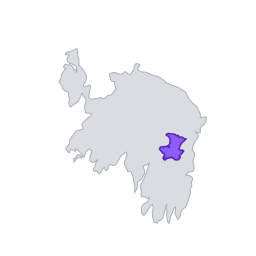 South Tipperary highlighted on a map of Ireland, rotated 305°
{"feature_id": "IRL-5572", "entity_name": "South Tipperary", "entity_type": "County", "adm_level": 1, "iso_a3": "IRL", "parent_name": "Ireland", "parent_adm1": "", "projection": "mercator", "projection_center": [-7.948, 52.469], "detail": "fine", "context": "in_parent", "style": "filled", "palette": "violet", "viewbox_px": 256, "rotation_deg": 305, "n_neighbors": 0, "source": "natural_earth", "source_scale": "10m", "svg_char_len": 5693}
<svg xmlns="http://www.w3.org/2000/svg" viewBox="0 0 256 256"><g transform="rotate(305 128 128)"><path d="M156.4,48.1L151.9,51.3L151.2,52.5L149.9,57.4L149.7,58.8L146.9,64.2L145.3,65.3L142.9,66.2L141.5,67.1L139.8,66.6L137.6,66.7L136.6,67.7L136.6,68.4L137.3,69.3L141.3,71.8L141.0,72.8L139.9,74.0L132.7,76.9L130.6,78.6L129.8,79.8L130.6,81.7L136.3,87.5L137.3,88.1L138.1,91.5L143.2,92.9L145.3,95.0L147.0,95.5L150.9,95.3L152.5,96.1L153.4,95.5L153.9,94.4L158.2,90.3L156.9,87.3L161.2,82.0L162.4,82.1L164.5,83.7L166.2,85.9L166.7,88.9L168.3,91.6L169.4,92.5L172.1,93.0L172.8,94.0L172.3,97.9L172.7,99.2L179.8,99.1L182.6,97.4L185.1,97.7L186.3,99.4L186.8,101.2L184.7,101.9L182.5,101.5L181.4,102.7L181.4,104.9L182.1,107.8L183.6,109.8L184.8,114.4L185.7,119.5L187.3,122.5L187.6,126.3L187.4,128.2L187.6,131.5L187.0,132.7L187.5,135.8L190.0,145.9L190.5,153.7L189.3,156.6L187.6,159.4L186.5,162.7L185.6,166.2L185.1,171.9L181.4,178.5L179.9,180.2L178.1,181.2L182.0,185.8L178.8,187.9L175.2,188.5L171.3,187.4L168.9,187.5L165.8,189.9L165.1,189.5L163.6,185.7L162.6,189.6L160.3,190.8L156.5,190.6L150.0,191.6L147.5,192.7L146.5,194.5L145.7,196.5L144.7,197.7L143.6,198.3L138.6,199.8L137.7,200.4L135.3,203.6L132.3,205.5L129.8,206.0L127.6,204.1L126.7,203.0L125.7,202.4L122.3,202.5L123.3,203.1L124.0,204.4L124.4,207.0L124.0,209.5L122.3,210.7L120.3,210.9L117.1,213.5L112.9,214.2L110.7,216.6L96.8,220.6L96.0,220.6L94.1,219.6L92.0,219.2L90.0,219.5L84.2,221.7L81.4,221.3L84.9,215.7L89.8,212.9L90.3,212.1L88.7,211.8L79.5,213.7L76.4,215.4L73.2,215.9L74.7,213.3L78.8,209.8L82.3,207.6L83.8,205.5L88.1,203.2L74.2,208.0L70.6,207.4L69.7,206.1L66.9,206.7L65.8,203.4L70.0,198.5L72.5,196.4L75.4,195.3L78.2,193.6L79.2,191.6L77.9,191.0L69.5,191.5L65.5,191.1L65.7,189.5L66.4,187.7L70.6,184.7L72.9,184.2L74.9,184.5L78.4,186.2L83.2,185.7L81.2,183.7L80.9,179.8L79.3,178.5L81.3,176.6L83.5,175.5L87.2,171.7L88.5,171.1L95.8,170.2L103.7,168.2L111.5,165.5L107.5,163.9L105.6,161.9L102.5,166.0L100.3,167.6L94.0,168.4L92.0,167.9L89.2,166.7L88.4,167.2L87.6,168.1L83.4,170.2L79.0,170.6L84.1,166.9L90.5,160.6L92.0,158.6L94.0,155.2L93.4,153.6L92.1,152.8L96.7,145.6L98.4,144.3L101.4,144.1L103.6,142.9L104.5,142.9L105.4,142.5L107.3,140.4L104.4,139.0L101.3,138.3L91.8,139.0L90.6,138.9L89.4,138.2L88.6,137.2L88.1,134.8L87.4,134.2L85.2,134.2L83.1,135.0L81.6,134.9L80.2,133.8L82.5,131.3L79.5,130.7L76.5,131.2L74.0,130.5L73.9,128.9L75.1,127.3L73.6,125.8L73.3,123.9L74.9,123.0L76.6,123.3L80.1,121.9L84.7,121.2L80.8,119.9L79.2,118.7L79.2,116.9L79.5,115.3L84.0,112.7L88.7,111.5L88.4,109.8L88.7,107.9L83.9,107.3L79.1,108.7L79.6,105.1L80.8,101.8L81.0,99.7L80.8,97.4L78.5,98.4L78.3,95.1L77.3,92.9L74.0,94.4L74.1,91.5L75.0,89.4L76.8,88.5L78.5,88.9L81.7,88.9L84.8,87.3L89.2,86.9L96.3,87.4L101.1,91.8L102.4,91.0L104.3,88.2L105.2,87.9L112.6,89.1L117.1,90.7L118.3,90.2L117.7,87.2L116.1,85.0L118.1,82.3L120.5,80.4L122.1,79.4L125.8,78.2L127.4,77.1L128.5,73.5L130.2,70.5L120.9,72.1L112.1,68.5L113.5,66.0L115.3,64.6L118.6,63.5L118.9,62.2L120.5,61.1L123.2,58.2L122.2,54.4L122.7,51.6L124.6,49.8L125.3,47.2L126.1,45.3L130.0,44.6L133.8,42.9L139.6,42.6L141.1,43.3L140.8,40.2L143.5,39.8L144.6,40.4L145.1,42.7L146.3,44.1L146.7,46.5L145.9,48.4L144.5,49.9L145.7,51.4L143.8,54.1L145.9,53.0L148.9,50.3L148.8,48.1L148.3,45.4L147.4,42.9L147.8,40.2L149.5,38.5L154.0,37.7L152.2,34.6L153.8,34.3L155.6,34.9L158.2,37.3L163.8,40.7L161.0,43.7L157.7,45.8L156.4,48.1ZM78.1,106.3L78.0,107.7L75.9,105.9L74.9,104.0L69.0,103.1L71.5,101.2L72.6,101.8L76.7,101.9L77.9,102.7L78.1,106.3Z" fill="#d9dde1" stroke="#a8b0b8" stroke-width="1"/><path d="M152.2,181.7L148.8,181.2L147.6,180.8L145.7,180.5L141.5,181.3L140.7,181.3L140.3,181.5L140.0,181.8L140.0,182.1L139.9,182.4L140.0,182.7L140.0,183.8L140.1,184.5L140.7,184.7L140.8,184.8L141.0,185.1L141.1,185.6L141.1,186.0L141.2,186.7L141.0,186.8L140.6,186.9L136.8,186.5L136.5,186.4L136.3,186.3L136.1,186.1L135.9,186.0L135.6,186.0L134.6,186.1L134.4,186.2L134.3,186.5L134.2,186.7L134.2,186.9L134.3,187.3L134.0,187.6L133.7,187.7L131.1,187.6L131.2,187.2L131.1,186.9L130.3,186.6L129.8,186.4L129.7,186.2L129.5,185.9L129.4,185.3L129.2,184.7L128.7,184.2L129.4,183.2L129.5,183.0L129.5,182.7L129.4,182.6L129.2,182.4L128.9,182.2L128.9,181.9L129.2,180.8L129.2,180.4L128.3,180.2L128.0,180.0L127.8,179.7L127.4,178.8L127.2,178.5L127.0,178.3L126.5,178.3L126.2,178.3L125.1,177.2L124.9,177.0L124.7,177.0L124.3,177.0L124.1,177.0L123.8,176.9L123.5,176.8L123.4,176.9L123.1,176.7L122.8,176.4L122.7,176.2L122.9,175.7L122.9,175.2L123.0,174.8L123.0,174.6L123.5,174.2L123.7,173.9L123.8,173.8L124.0,173.8L124.3,173.8L124.4,174.0L124.5,174.4L124.4,174.9L124.5,175.1L124.7,175.3L124.9,175.1L125.0,174.9L125.0,174.3L125.0,173.9L125.5,173.6L125.9,173.4L126.3,173.3L126.5,173.3L126.8,173.4L127.1,173.4L127.3,173.3L127.3,173.2L127.5,172.7L127.6,172.4L127.6,172.1L127.6,171.4L127.5,170.9L127.4,170.5L127.5,170.3L127.5,170.1L127.7,169.9L127.8,169.7L127.9,169.4L128.0,168.5L128.1,168.2L128.4,167.4L128.5,167.0L128.6,166.1L129.9,165.6L131.1,165.6L132.7,167.4L134.7,169.8L135.2,170.4L136.1,171.0L135.8,172.6L135.9,172.8L136.0,172.9L136.2,172.6L136.6,170.9L137.1,171.2L138.5,171.3L140.5,170.5L142.6,169.2L144.2,166.7L144.4,165.6L144.1,164.6L144.1,163.7L144.6,163.0L145.2,163.2L145.4,163.3L145.9,163.7L146.5,164.0L146.9,164.5L148.2,167.3L149.0,168.3L149.1,168.5L149.2,169.4L149.2,169.6L149.4,169.7L149.7,169.9L149.8,170.1L149.8,170.4L149.8,170.8L149.7,172.0L149.7,172.8L149.8,173.0L150.0,173.2L150.5,173.1L150.6,173.3L150.7,173.7L150.6,173.9L150.6,174.0L150.3,174.4L149.9,174.7L149.7,174.8L149.6,175.0L149.5,175.3L150.2,175.8L150.4,176.0L150.6,176.3L151.4,177.2L151.5,177.4L151.6,177.7L151.6,178.6L151.5,179.1L151.5,179.5L151.6,180.1L152.2,181.7Z" fill="#8b5cf6" stroke="#5b21b6" stroke-width="1.5"/></g></svg>